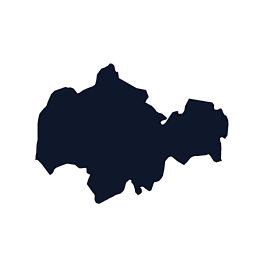 Hihya, Ash Sharqiyah, Egypt (Albers equal-area conic projection), rotated 162°
{"feature_id": "37247803B80618316463204", "entity_name": "Hihya", "entity_type": "district", "adm_level": 2, "iso_a3": "EGY", "parent_name": "Egypt", "parent_adm1": "Ash Sharqiyah", "projection": "albers", "projection_center": [31.584, 30.652], "detail": "fine", "context": "isolated", "style": "filled", "palette": "ink", "viewbox_px": 256, "rotation_deg": 162, "n_neighbors": 0, "source": "geoboundaries", "source_scale": "gbopen_adm2", "svg_char_len": 2956}
<svg xmlns="http://www.w3.org/2000/svg" viewBox="0 0 256 256"><g transform="rotate(162 128 128)"><path d="M225.0,126.8L223.2,126.2L220.6,120.7L216.3,108.2L214.0,109.0L213.1,109.9L212.6,110.4L211.7,111.7L209.0,113.1L203.3,113.5L199.4,113.7L198.1,113.7L196.7,113.7L189.1,109.8L187.3,106.6L186.0,105.2L181.3,104.1L179.3,103.7L179.3,103.2L179.3,101.8L180.3,98.6L180.3,98.2L178.9,96.8L177.6,95.8L177.6,95.5L177.6,94.9L180.9,91.3L181.8,90.0L183.7,87.3L180.7,77.6L179.8,75.7L179.9,73.0L180.3,72.5L181.3,69.8L180.9,67.0L180.5,66.8L179.6,66.1L178.7,65.6L175.9,66.0L172.3,66.8L170.9,66.8L167.8,67.6L166.7,67.7L164.1,68.0L160.5,68.8L157.3,68.8L155.5,68.7L152.7,70.0L151.8,70.5L151.3,71.1L150.4,72.3L148.6,75.0L147.2,77.2L145.2,78.1L142.1,79.4L141.2,78.5L139.9,77.5L140.8,75.7L139.6,72.0L139.6,71.1L139.7,67.4L140.2,64.7L139.2,62.6L138.9,61.9L136.6,62.3L135.2,63.2L134.7,65.5L136.0,68.3L134.2,68.7L132.4,68.7L130.6,67.2L130.3,66.6L130.2,66.3L127.1,62.1L126.2,62.1L125.7,62.1L124.8,63.0L124.3,63.9L120.1,69.3L117.9,68.8L115.2,68.7L112.0,70.5L110.1,72.3L106.8,78.1L103.5,85.4L98.4,88.5L95.3,88.4L93.5,86.1L90.9,81.9L86.0,76.3L85.5,76.7L83.9,77.4L83.3,77.6L81.9,78.5L79.1,80.3L77.7,81.1L75.5,81.5L72.8,81.5L70.1,80.5L67.3,80.0L62.4,78.9L59.7,78.9L58.8,78.9L57.9,77.0L57.0,74.2L56.2,70.6L54.4,68.7L49.6,68.6L49.9,70.0L48.4,74.0L47.5,76.8L46.5,79.0L45.0,84.5L45.0,87.7L44.5,90.0L44.5,90.5L41.7,91.3L40.4,90.4L39.1,88.9L38.6,90.3L38.1,89.4L36.9,90.3L36.3,90.7L33.4,97.5L32.0,100.7L31.5,103.0L31.0,104.8L31.1,105.5L31.4,108.9L32.7,109.9L32.8,110.3L33.6,113.6L33.5,115.4L33.9,117.2L34.4,117.3L37.6,116.9L40.7,118.3L40.7,121.1L39.7,123.3L40.4,125.1L40.6,125.7L45.4,128.2L52.9,132.1L59.9,135.7L60.8,136.2L66.3,130.8L67.7,128.1L68.5,126.6L68.7,126.3L70.5,125.0L71.9,124.1L72.8,124.3L75.9,125.1L76.4,126.9L76.0,128.0L76.9,128.4L78.7,128.4L80.5,128.5L84.2,125.8L85.6,124.5L87.9,122.7L90.2,120.9L93.4,119.6L95.2,120.1L96.0,122.0L96.0,122.9L95.5,124.2L93.2,125.1L92.3,125.1L89.6,125.0L88.7,125.5L90.0,127.8L91.8,130.6L93.1,131.5L94.9,132.5L95.3,133.4L96.7,134.8L97.1,137.1L98.1,139.1L99.2,141.3L100.1,142.2L103.7,146.0L104.6,146.5L104.8,146.7L102.2,149.6L99.5,151.4L99.5,152.8L99.8,156.4L99.8,158.1L107.9,162.6L114.5,169.8L117.7,173.3L122.0,178.0L121.0,183.9L122.3,183.9L123.2,186.7L122.7,189.9L122.6,190.8L122.6,191.7L123.6,193.1L123.9,193.6L125.3,194.1L127.6,192.7L129.9,192.3L131.7,191.9L134.4,192.0L135.3,191.6L136.1,191.0L136.7,190.7L139.0,188.9L140.4,188.0L142.2,184.0L143.2,182.1L144.6,179.8L145.3,179.2L146.0,178.5L149.2,177.7L152.4,177.7L156.4,177.4L157.4,177.2L159.2,177.0L161.9,176.1L163.3,175.7L166.0,175.8L168.1,181.8L170.4,183.7L173.1,184.2L174.9,185.6L184.8,185.4L186.2,185.4L189.0,183.9L190.3,183.2L195.9,176.9L197.8,174.1L199.6,172.9L202.3,171.6L206.5,168.9L207.8,167.6L210.2,163.5L211.6,160.5L212.1,159.4L216.2,146.7L216.9,144.4L218.8,141.2L219.8,139.0L222.2,132.6L224.0,129.4L224.5,127.6L225.0,126.8Z" fill="#0f172a" stroke="#020617" stroke-width="1.5"/></g></svg>